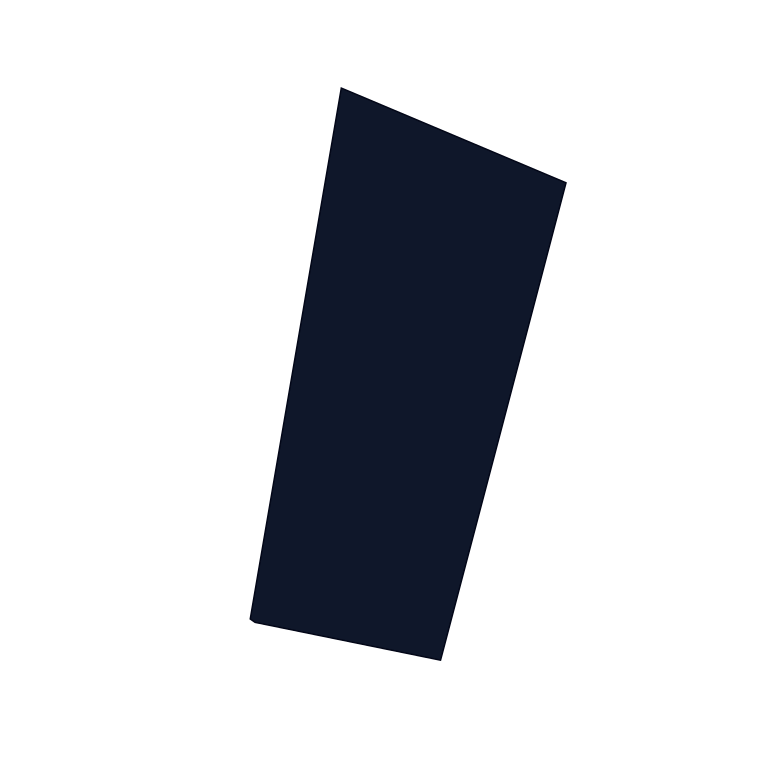 50, Al Wakrah, Qatar, rotated 125°
{"feature_id": "91078587B62879560621739", "entity_name": "50", "entity_type": "district", "adm_level": 2, "iso_a3": "QAT", "parent_name": "Qatar", "parent_adm1": "Al Wakrah", "projection": "natural_earth1", "projection_center": [51.562, 25.219], "detail": "fine", "context": "isolated", "style": "filled", "palette": "ink", "viewbox_px": 768, "rotation_deg": 125, "n_neighbors": 0, "source": "geoboundaries", "source_scale": "gbopen_adm2", "svg_char_len": 291}
<svg xmlns="http://www.w3.org/2000/svg" viewBox="0 0 768 768"><g transform="rotate(125 384 384)"><path d="M653.2,358.8L653.2,352.9L577.8,179.3L575.3,180.2L354.2,261.8L114.8,350.3L162.8,573.5L165.3,585.1L166.1,588.7L653.2,358.8Z" fill="#0f172a" stroke="#020617" stroke-width="1.5"/></g></svg>